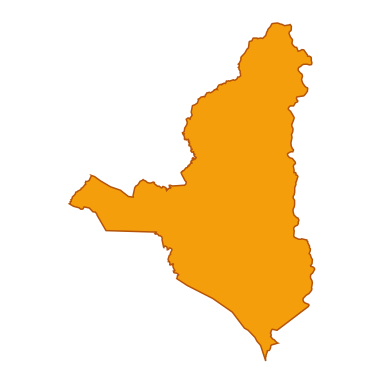 Guemon, Dix-Huit Montagnes, Ivory Coast (Albers equal-area conic projection)
{"feature_id": "98640826B22329502030217", "entity_name": "Guemon", "entity_type": "district", "adm_level": 2, "iso_a3": "CIV", "parent_name": "Ivory Coast", "parent_adm1": "Dix-Huit Montagnes", "projection": "albers", "projection_center": [-7.319, 7.029], "detail": "fine", "context": "isolated", "style": "filled", "palette": "amber", "viewbox_px": 384, "rotation_deg": 0, "n_neighbors": 0, "source": "geoboundaries", "source_scale": "gbopen_adm2", "svg_char_len": 5962}
<svg xmlns="http://www.w3.org/2000/svg" viewBox="0 0 384 384"><path d="M265.7,361.0L265.5,357.6L266.1,356.1L266.0,355.1L267.1,352.4L267.3,350.8L269.0,350.5L269.7,349.9L270.6,347.6L270.8,345.8L271.4,345.0L277.9,343.1L277.0,342.7L274.0,339.6L272.4,338.9L271.4,337.2L270.6,336.7L271.2,335.4L271.1,334.2L270.4,333.1L271.0,332.2L271.0,331.2L272.2,329.2L277.0,330.3L308.3,306.5L309.0,305.1L308.6,304.4L305.2,303.0L304.0,302.2L303.2,301.0L303.0,298.8L303.7,297.8L306.1,295.3L309.0,293.5L311.5,290.4L311.9,288.8L311.5,288.1L312.4,282.7L311.9,280.6L310.5,278.0L310.4,276.6L310.8,274.6L312.8,272.8L314.7,269.2L314.5,268.4L313.4,267.2L310.7,266.2L310.5,265.8L312.0,263.7L312.4,259.5L311.3,257.8L310.3,254.7L309.1,253.6L310.2,250.9L310.4,248.9L309.5,247.7L309.5,246.0L307.7,242.8L307.7,241.4L307.0,240.9L306.9,240.0L301.6,238.8L300.8,239.3L298.6,239.2L294.6,237.3L293.7,236.2L294.2,230.7L293.6,229.0L293.9,227.7L294.7,226.5L297.6,225.0L298.3,223.4L298.2,221.8L298.8,220.9L298.8,219.8L298.0,218.1L296.5,217.5L293.9,214.9L293.0,211.0L293.2,209.0L294.3,206.7L294.6,204.4L294.6,200.4L293.1,198.0L293.3,196.1L294.1,194.8L294.7,192.3L294.7,187.6L295.9,184.7L295.8,182.3L296.2,181.9L297.9,176.6L297.4,175.4L296.0,174.9L296.0,173.5L295.7,172.7L295.3,172.5L294.1,172.8L293.9,172.6L294.1,170.2L293.3,166.3L294.1,164.4L295.4,163.7L295.3,162.2L292.4,158.5L290.1,157.9L288.7,156.8L287.9,155.8L287.4,154.2L287.9,153.4L290.1,152.1L291.5,151.7L292.8,151.8L293.5,150.1L293.3,149.4L292.5,148.9L291.2,145.9L290.9,142.9L292.0,137.6L291.5,134.5L292.7,131.9L293.0,129.8L292.9,128.2L292.0,126.7L291.7,124.8L293.7,119.7L294.1,118.0L294.0,117.2L290.7,111.5L288.4,109.4L288.3,108.2L289.5,106.5L290.5,105.9L293.6,105.9L295.4,102.8L297.5,101.9L297.8,101.0L297.5,100.3L296.9,100.1L296.4,98.1L297.0,96.9L303.7,95.9L305.2,94.4L307.4,91.3L307.7,88.3L307.4,87.8L306.4,87.5L304.9,86.3L302.8,83.3L301.9,80.8L301.6,79.2L302.5,76.4L302.2,74.8L301.5,73.7L300.5,73.2L298.3,70.5L298.1,68.8L298.9,67.3L300.6,66.5L301.9,65.1L303.6,64.3L307.0,64.2L309.3,64.9L311.1,64.7L311.6,64.3L311.9,62.7L311.3,60.7L311.3,57.8L310.8,57.0L309.4,56.2L307.6,56.2L307.4,54.9L303.7,49.8L301.8,49.6L300.2,50.7L298.1,51.2L296.7,47.4L295.0,47.2L293.2,45.5L291.9,43.4L292.5,40.0L291.7,38.5L290.6,37.4L289.0,33.5L289.3,32.0L291.1,30.4L291.3,29.2L291.4,26.3L290.1,24.5L288.5,25.1L287.1,25.2L284.7,25.7L281.6,24.2L280.4,24.1L278.6,23.3L277.3,23.0L272.7,23.5L271.7,24.0L270.5,26.5L268.0,29.3L267.4,31.0L266.7,32.2L265.8,35.4L262.7,38.4L260.6,38.0L257.5,38.7L257.1,38.1L253.2,38.1L251.8,40.9L249.5,41.4L249.2,41.9L248.5,47.7L246.9,49.3L244.8,53.1L241.2,56.9L240.8,58.1L241.0,58.7L240.8,60.1L239.3,63.2L238.4,63.9L238.3,64.4L239.2,64.5L239.3,66.1L238.3,67.5L239.1,67.9L239.0,69.3L240.2,71.1L240.1,72.8L240.5,73.9L240.6,75.8L240.3,76.2L238.8,77.1L237.6,77.1L237.2,78.6L235.4,80.0L234.1,80.3L233.3,79.8L229.6,81.1L228.8,80.8L227.4,81.2L226.5,81.0L226.2,81.3L226.1,82.5L225.3,83.5L224.1,83.1L222.5,84.2L222.2,83.9L221.9,84.1L221.8,84.6L221.4,84.8L220.6,84.4L218.8,85.1L217.8,86.6L217.4,88.0L216.4,88.8L217.1,89.5L215.6,89.4L214.7,90.1L214.4,89.8L212.9,91.4L210.6,92.8L209.3,92.3L206.7,93.0L205.8,94.8L205.3,95.1L205.0,96.6L204.5,96.9L203.5,96.5L200.8,97.2L199.2,98.9L198.5,98.9L198.1,99.3L198.4,100.4L197.3,103.1L194.3,105.1L193.3,105.2L192.4,105.8L191.2,112.1L192.1,115.3L190.1,118.1L190.1,119.1L189.4,118.8L188.9,118.1L187.9,118.0L186.2,119.3L187.3,122.3L186.8,124.7L184.7,128.1L184.2,131.6L182.4,132.8L183.0,134.3L183.8,133.8L184.2,133.9L183.7,135.1L184.5,137.1L184.4,139.1L185.1,139.7L185.9,139.1L186.5,139.9L187.0,140.0L188.2,139.3L188.8,140.2L188.4,141.5L188.8,142.4L189.4,142.3L189.2,143.1L189.6,143.5L189.0,144.7L189.5,144.9L189.1,145.7L190.8,146.4L191.2,149.3L192.1,149.2L192.1,149.5L191.3,149.9L190.8,150.8L192.0,152.3L193.5,151.8L193.6,153.2L194.6,154.2L194.0,154.5L194.3,154.9L194.1,155.7L196.2,157.6L194.9,159.3L194.2,158.2L193.3,157.8L192.6,158.0L192.2,158.9L193.2,159.1L193.2,159.8L192.7,160.3L191.4,160.7L190.9,161.9L191.0,162.3L191.8,162.6L191.9,163.1L190.5,163.4L189.8,164.8L189.2,164.9L189.1,165.9L188.8,166.0L188.5,165.6L187.9,166.1L187.4,167.6L186.0,167.8L183.8,170.5L182.6,170.9L182.6,171.5L181.6,171.8L181.1,172.5L181.4,173.7L185.0,180.6L186.3,182.0L185.9,183.9L185.0,184.9L184.6,185.2L172.5,186.0L170.0,185.2L169.5,185.3L169.2,185.4L169.5,186.5L170.8,187.8L170.0,188.3L169.5,188.0L168.9,188.3L166.6,190.6L166.2,189.2L167.0,189.0L165.5,187.5L163.0,186.4L162.5,186.8L162.3,187.6L161.5,187.9L159.0,186.1L157.6,186.3L154.1,183.4L154.4,182.8L154.1,182.3L153.0,182.1L151.3,182.9L149.9,183.1L148.1,182.8L147.2,182.4L145.6,180.9L144.3,180.5L143.1,179.6L141.7,180.7L140.1,181.3L138.2,184.4L137.3,185.3L136.1,185.8L134.8,187.6L133.1,195.2L133.2,197.1L128.4,196.5L120.4,190.2L110.5,186.8L100.4,180.8L94.6,176.6L91.2,175.4L91.4,175.7L89.2,180.4L87.7,181.3L86.7,181.5L85.9,181.3L85.3,182.8L85.7,184.3L84.8,184.9L82.5,187.7L81.2,188.3L80.9,189.5L77.5,191.3L77.2,191.8L75.9,192.1L75.0,194.5L72.3,197.1L72.1,198.7L70.9,199.8L71.3,200.7L71.2,201.3L70.1,201.9L70.4,202.6L70.3,203.3L69.3,203.8L73.5,206.3L79.1,207.8L80.6,209.1L82.0,209.2L83.0,208.9L84.1,206.9L89.3,208.0L92.9,211.8L95.3,212.1L96.8,214.0L97.1,215.2L106.0,230.6L156.3,232.1L156.1,232.8L154.9,233.7L155.8,234.2L156.3,233.9L157.2,234.0L157.9,234.4L159.0,235.8L160.0,235.6L161.6,236.7L162.3,238.5L162.0,239.6L163.6,247.2L163.9,247.5L164.4,246.3L165.0,246.0L166.6,246.7L167.1,247.7L167.3,249.8L168.6,249.4L169.0,248.2L169.6,247.9L171.6,248.8L172.0,249.8L170.3,253.4L170.6,254.4L169.3,255.4L168.2,258.8L168.1,259.6L168.5,260.2L168.3,261.6L169.4,261.6L169.6,262.0L169.6,262.7L170.1,263.5L169.7,264.6L169.9,264.9L171.0,264.9L172.4,263.9L173.2,263.9L173.4,264.2L172.8,265.5L173.3,267.8L174.9,270.5L174.6,271.0L173.4,271.0L173.7,272.3L174.2,272.8L176.7,273.2L178.6,274.5L178.6,275.0L177.5,275.6L177.1,277.9L176.7,278.6L187.3,285.5L212.8,298.5L232.3,312.1L244.4,328.1L248.1,330.2L255.0,337.4L256.9,341.1L260.6,345.4L265.7,361.0Z" fill="#f59e0b" stroke="#b45309" stroke-width="1.5"/></svg>